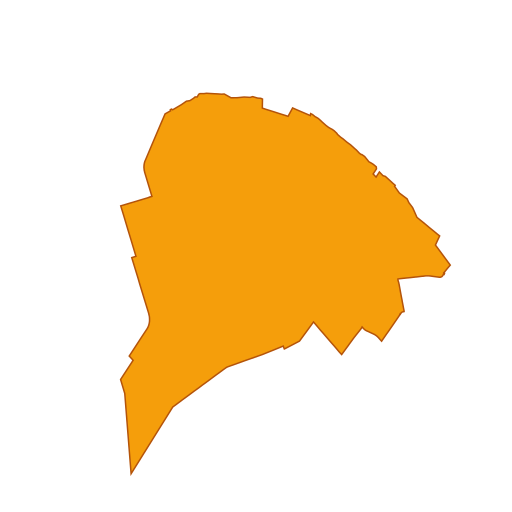 outline of Dronten, Flevoland, Netherlands, rotated 253°
{"feature_id": "6326949B76568763288837", "entity_name": "Dronten", "entity_type": "district", "adm_level": 2, "iso_a3": "NLD", "parent_name": "Netherlands", "parent_adm1": "Flevoland", "projection": "equal_earth", "projection_center": [5.68, 52.514], "detail": "fine", "context": "isolated", "style": "filled", "palette": "amber", "viewbox_px": 512, "rotation_deg": 253, "n_neighbors": 0, "source": "geoboundaries", "source_scale": "gbopen_adm2", "svg_char_len": 5147}
<svg xmlns="http://www.w3.org/2000/svg" viewBox="0 0 512 512"><g transform="rotate(253 256 256)"><path d="M190.5,439.1L193.9,437.9L206.1,433.6L214.0,430.8L218.3,434.6L221.5,437.5L224.1,435.7L227.9,433.2L233.1,429.7L237.0,427.2L245.9,421.2L252.8,420.4L256.6,419.9L262.3,417.8L266.5,417.2L268.0,416.1L274.3,411.5L282.1,408.9L282.9,409.8L286.1,407.8L289.4,405.9L294.3,403.0L295.7,400.9L300.3,398.6L296.4,393.9L300.2,392.0L304.1,396.7L306.1,397.1L309.2,395.1L311.2,393.4L313.1,391.5L319.4,389.0L322.2,386.8L322.3,386.2L324.3,384.8L328.0,383.0L329.7,381.9L334.6,379.0L338.6,376.0L342.4,373.6L345.0,371.6L348.6,369.4L349.4,369.3L352.7,367.5L354.6,366.1L356.6,364.1L357.8,363.0L360.4,361.1L365.2,358.2L366.7,357.4L369.3,355.8L371.3,354.0L371.8,353.4L374.8,351.4L376.2,349.9L374.4,349.0L383.7,338.0L386.9,334.3L380.2,327.5L381.9,325.1L384.4,321.4L389.0,314.8L393.5,308.2L395.6,305.3L404.2,308.1L405.4,306.7L406.5,303.8L409.4,299.4L409.4,296.8L411.5,291.1L412.9,284.2L414.6,278.4L420.2,273.0L420.6,271.3L420.7,270.7L422.1,267.1L423.5,263.2L426.1,256.2L426.5,253.7L427.7,249.9L427.4,248.5L425.3,246.3L425.9,244.2L425.1,242.4L423.9,238.2L424.4,234.7L422.6,229.1L422.3,227.9L420.4,220.0L420.2,219.0L421.2,218.2L421.0,216.9L420.9,216.9L420.7,216.8L420.5,216.7L420.4,216.7L419.8,216.7L418.5,210.6L410.0,203.4L392.5,188.7L379.8,178.1L379.4,177.7L378.9,177.3L378.4,177.0L377.9,176.7L377.7,176.5L377.4,176.4L377.2,176.3L377.1,176.2L376.9,176.1L376.7,176.0L376.5,175.9L376.3,175.8L376.2,175.8L376.1,175.7L375.9,175.6L375.7,175.6L375.4,175.4L375.2,175.4L374.9,175.2L374.6,175.1L374.4,175.1L374.2,175.0L374.0,174.9L373.9,174.9L373.7,174.8L373.3,174.7L373.2,174.7L372.9,174.6L372.7,174.6L372.4,174.5L372.2,174.5L371.9,174.4L371.7,174.4L371.4,174.3L371.1,174.3L370.9,174.2L370.6,174.2L370.3,174.2L370.2,174.1L369.9,174.1L369.7,174.1L369.4,174.1L369.2,174.1L368.9,174.0L368.7,174.0L368.4,174.0L368.1,174.0L367.9,174.0L343.4,173.9L343.5,171.3L343.3,171.3L343.5,141.3L332.7,141.3L319.0,141.2L313.5,141.2L308.0,141.2L290.8,141.1L290.8,136.7L269.8,136.7L269.0,136.7L263.2,136.6L257.5,136.6L253.6,136.6L251.7,136.6L246.7,136.6L233.0,136.6L232.3,136.6L232.1,136.6L231.7,136.5L231.4,136.5L231.0,136.5L230.7,136.5L230.4,136.4L230.2,136.4L229.7,136.4L229.1,136.3L228.8,136.2L228.5,136.2L228.1,136.1L227.8,136.0L227.5,135.9L227.2,135.9L226.9,135.8L226.7,135.7L226.3,135.6L225.9,135.5L225.4,135.3L225.0,135.2L224.7,135.1L224.4,134.9L224.1,134.8L223.8,134.7L223.5,134.5L223.0,134.3L222.6,134.1L222.4,133.9L222.1,133.8L222.0,133.7L221.7,133.5L221.5,133.4L221.2,133.2L220.6,132.8L220.4,132.6L220.2,132.4L219.9,132.2L219.7,132.1L219.5,131.9L219.3,131.6L219.1,131.5L218.9,131.3L218.7,131.1L218.5,130.8L218.3,130.6L218.1,130.4L217.9,130.2L217.6,129.8L211.5,122.4L208.4,118.7L205.3,115.0L202.2,111.3L199.1,107.6L197.4,105.5L192.2,108.0L177.5,90.4L162.9,90.3L84.3,72.9L135.9,132.2L140.1,143.9L143.9,154.7L144.6,156.7L144.7,156.9L146.8,163.1L148.3,167.1L148.4,167.4L149.4,170.4L153.6,182.2L156.9,191.6L158.1,195.2L158.3,196.5L159.1,213.4L159.9,233.1L160.9,244.7L161.9,255.7L158.8,255.9L158.8,256.1L161.9,272.7L168.9,282.1L176.1,291.7L175.9,291.8L173.6,292.8L169.9,294.4L166.1,296.0L162.4,297.7L151.2,302.6L147.5,304.3L143.8,305.9L140.0,307.5L136.7,309.1L139.1,312.3L141.5,315.5L143.7,318.5L144.0,318.8L146.0,321.5L149.3,325.9L149.6,326.3L149.9,326.8L150.0,326.9L150.4,327.5L150.9,328.2L152.2,330.1L153.3,331.7L154.4,333.3L156.1,335.7L156.2,335.8L156.4,336.0L156.7,336.4L156.8,336.4L157.1,336.7L156.6,336.9L155.9,337.3L155.1,337.6L154.7,337.9L154.3,338.1L153.9,338.4L153.5,338.6L153.2,338.8L153.0,339.0L152.8,339.2L152.5,339.5L152.1,339.9L151.8,340.2L151.4,340.7L151.1,341.1L149.7,342.6L147.2,345.4L146.9,345.7L146.6,346.0L146.4,346.3L146.1,346.5L145.8,346.8L145.6,347.0L145.3,347.2L145.1,347.4L144.8,347.6L144.2,348.1L143.9,348.2L143.6,348.4L143.3,348.6L142.9,348.8L142.5,349.0L142.2,349.2L140.8,349.8L137.8,351.2L138.1,351.6L138.4,351.9L138.6,352.2L142.0,356.5L142.5,357.1L142.7,357.4L143.3,358.1L144.1,359.2L144.8,360.1L150.0,366.7L157.1,375.6L157.7,376.4L158.1,376.4L158.6,377.0L158.3,377.2L158.4,377.3L159.1,378.2L159.3,378.4L159.4,378.6L159.5,378.9L159.6,379.2L159.7,379.5L159.7,379.8L159.7,380.1L159.7,380.3L159.5,381.2L159.5,381.3L159.8,381.5L163.6,381.9L169.1,382.5L170.1,382.6L170.4,382.6L170.6,382.7L170.8,382.7L171.2,382.8L171.7,382.8L177.2,383.4L185.7,384.4L187.4,384.6L187.8,384.6L188.2,384.6L188.7,384.7L189.1,384.7L190.0,384.7L191.3,384.7L192.1,384.7L192.3,384.7L192.5,384.6L192.6,384.4L192.4,385.8L192.4,386.0L192.3,386.6L190.9,393.9L190.2,397.3L189.6,400.6L189.2,402.7L189.2,402.8L189.1,403.0L188.1,408.7L187.8,409.9L187.6,411.2L187.5,411.7L187.4,412.4L187.2,413.1L187.0,413.8L186.8,414.4L186.6,415.1L186.5,415.4L186.3,415.9L186.0,416.6L185.7,417.3L184.8,419.2L183.2,422.7L182.2,424.9L182.0,425.3L181.9,425.7L181.8,426.1L181.8,426.4L181.8,426.8L181.9,427.2L181.9,427.6L182.1,427.9L182.2,428.2L182.4,428.5L182.6,428.8L182.8,429.1L183.1,429.4L183.4,429.6L183.7,429.9L184.1,430.2L183.5,430.6L184.4,431.3L185.1,430.8L185.2,431.0L185.3,431.2L185.6,431.5L185.7,431.8L185.9,432.0L186.1,432.4L188.2,435.5L190.5,439.1Z" fill="#f59e0b" stroke="#b45309" stroke-width="1.5"/></g></svg>